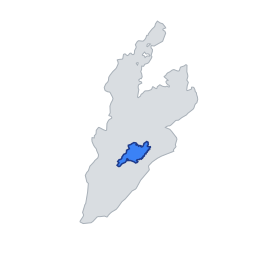 location of Kochkor, Naryn, Kyrgyzstan, rotated 128°
{"feature_id": "92254566B91475700804664", "entity_name": "Kochkor", "entity_type": "district", "adm_level": 2, "iso_a3": "KGZ", "parent_name": "Kyrgyzstan", "parent_adm1": "Naryn", "projection": "mercator", "projection_center": [75.232, 42.072], "detail": "fine", "context": "in_parent", "style": "filled", "palette": "blue", "viewbox_px": 256, "rotation_deg": 128, "n_neighbors": 0, "source": "geoboundaries", "source_scale": "gbopen_adm2", "svg_char_len": 5507}
<svg xmlns="http://www.w3.org/2000/svg" viewBox="0 0 256 256"><g transform="rotate(128 128 128)"><path d="M57.0,153.2L57.6,152.8L59.5,152.4L63.5,152.0L64.8,152.3L67.5,154.0L69.6,153.7L70.0,154.0L70.8,155.3L73.6,153.3L75.7,152.7L76.8,150.7L79.0,148.3L80.9,147.9L80.9,148.3L81.3,148.6L83.3,149.2L83.9,148.6L84.2,147.7L83.5,146.3L83.5,145.7L84.1,144.8L87.2,146.2L87.9,146.1L89.3,145.4L90.6,144.1L91.1,143.1L97.5,139.7L97.9,139.1L97.8,138.6L95.1,137.8L93.9,138.3L92.8,138.3L92.2,137.8L88.9,137.6L88.2,137.3L86.0,134.8L83.4,133.3L82.1,133.4L80.5,134.0L80.1,133.7L79.9,131.4L79.6,130.0L78.7,129.7L77.5,130.3L74.3,129.5L73.9,126.6L72.6,124.0L70.9,123.0L70.8,121.5L70.2,120.8L69.7,121.0L69.1,121.8L69.4,123.5L69.1,125.2L68.7,126.0L68.0,126.7L67.1,126.7L65.7,125.8L65.4,131.0L65.1,131.3L63.4,130.6L61.9,130.9L59.8,130.6L58.2,129.7L55.1,128.8L53.7,127.8L52.7,124.4L51.9,123.1L51.1,122.9L47.8,124.1L44.4,121.9L42.7,121.5L42.3,120.9L42.3,120.1L47.5,116.2L49.5,113.5L50.8,112.4L54.0,111.2L54.8,108.8L55.0,108.5L58.3,107.3L62.0,105.1L62.1,104.5L61.7,104.0L58.4,102.0L56.7,103.0L55.7,101.8L55.7,100.6L56.8,98.6L57.8,97.6L58.2,95.7L59.5,94.4L60.9,92.3L62.6,90.6L65.7,89.3L67.4,89.7L69.0,89.4L71.6,88.4L73.1,88.3L79.6,89.9L81.7,90.0L86.7,92.0L90.7,93.0L92.6,95.0L98.9,95.9L100.7,96.5L101.3,97.4L103.1,98.6L104.6,98.9L103.3,94.2L103.8,91.4L105.8,83.7L106.8,82.5L112.0,80.4L113.2,78.7L116.9,78.8L117.6,78.5L118.1,77.6L129.5,84.3L133.8,86.2L139.8,88.0L144.9,88.5L145.7,88.1L147.8,85.5L148.7,85.4L161.3,85.9L170.3,84.4L171.6,84.5L175.0,86.0L185.6,86.5L189.8,87.4L196.4,87.1L199.2,87.2L204.2,89.1L206.0,89.5L209.2,89.8L210.5,89.5L211.2,90.0L211.9,92.3L215.0,95.4L216.2,97.0L217.3,97.6L223.2,98.1L225.4,98.8L230.9,104.5L231.5,107.8L231.0,108.4L225.2,108.9L223.9,109.4L222.5,111.8L214.8,114.8L213.6,114.8L203.3,120.4L196.1,125.1L195.8,127.3L191.6,132.5L188.5,133.1L185.9,133.0L181.5,134.5L175.9,134.0L173.9,134.1L170.3,133.4L168.8,133.8L167.2,134.8L165.0,138.9L164.2,139.8L163.8,140.8L163.4,142.8L162.6,144.8L160.8,148.0L159.2,149.5L157.7,150.4L156.6,148.5L154.7,149.8L152.9,149.5L151.8,149.9L149.3,151.6L145.7,151.6L145.3,151.0L144.5,146.4L143.9,144.2L143.4,143.7L142.7,143.6L137.5,147.3L135.0,147.9L133.0,148.0L130.4,146.9L129.8,147.2L129.4,147.8L129.2,148.5L130.0,150.6L129.7,151.0L128.6,151.0L126.9,151.4L121.9,155.7L118.7,156.8L115.7,157.3L114.0,158.0L113.0,159.6L111.0,164.0L111.1,164.9L111.9,166.1L112.5,168.7L112.4,169.4L110.8,171.6L108.8,172.2L107.2,172.6L104.2,172.3L102.6,172.7L99.8,174.4L97.4,174.7L92.9,174.7L88.6,174.1L87.1,174.3L83.3,175.3L81.9,176.8L81.2,178.2L80.9,178.4L79.3,177.1L77.3,174.9L76.4,174.9L72.9,176.8L72.4,176.7L71.4,176.0L71.5,173.2L70.4,172.6L68.0,172.5L67.2,171.8L67.5,170.0L67.2,169.3L66.6,168.8L65.3,168.9L62.9,170.5L60.0,171.0L59.0,171.5L57.8,173.5L54.0,173.9L52.7,173.4L50.4,169.7L48.4,169.2L46.3,169.3L43.5,170.3L42.9,169.5L42.2,169.3L41.5,169.9L38.1,170.0L34.7,169.9L32.7,169.5L31.4,169.5L28.9,170.5L25.7,170.7L25.4,167.3L24.5,164.9L25.4,161.1L25.9,159.9L28.3,161.3L29.1,161.1L29.3,160.3L29.0,158.6L30.1,156.7L38.3,154.1L47.4,157.9L48.6,160.3L49.4,160.2L50.7,159.1L51.1,157.0L52.8,155.9L56.7,154.5L57.0,153.2ZM61.6,161.7L61.8,161.4L61.1,159.6L62.0,157.9L60.2,157.6L59.3,157.1L58.2,155.4L57.8,155.3L57.3,155.8L57.0,156.9L57.3,158.1L58.6,159.3L58.0,161.7L60.7,161.9L61.6,161.7ZM52.1,163.4L52.1,162.9L51.4,162.6L48.0,162.0L48.1,162.4L49.5,164.2L50.4,164.3L52.1,163.4ZM72.4,160.3L72.6,159.2L70.5,159.9L70.3,160.4L71.0,161.1L71.9,161.4L72.4,160.3Z" fill="#d9dde1" stroke="#a8b0b8" stroke-width="1"/><path d="M129.2,98.6L129.0,98.9L129.2,99.1L129.7,99.6L130.1,100.4L130.5,101.3L130.3,101.7L129.9,101.7L129.3,101.7L129.1,101.8L128.4,101.9L128.1,102.2L128.0,102.4L127.3,103.2L127.1,103.4L126.9,103.4L127.1,104.9L130.4,105.9L131.3,105.4L133.6,105.0L134.6,105.6L134.7,106.6L134.0,106.9L134.7,108.1L135.8,108.5L135.3,109.6L135.2,110.2L136.2,110.7L136.3,111.4L135.4,111.4L134.9,111.7L134.9,111.8L134.9,112.6L135.9,114.4L138.2,115.4L139.2,115.6L141.4,117.1L142.3,116.4L143.5,114.2L146.4,115.4L147.7,114.5L148.9,114.0L149.4,114.0L151.5,115.2L152.5,115.0L154.7,114.9L155.5,114.3L156.8,114.3L157.7,114.8L158.4,115.5L160.8,115.5L161.0,113.7L164.1,113.7L164.2,112.3L164.0,111.4L163.0,110.8L159.9,110.7L156.7,109.0L154.6,109.1L153.2,109.9L152.6,109.6L152.7,108.4L154.0,108.4L152.0,105.9L150.9,102.2L150.9,100.5L149.6,99.6L148.5,99.5L148.4,101.2L147.4,101.3L145.7,99.5L144.8,99.5L144.5,98.7L144.4,98.3L144.2,98.3L144.0,98.5L143.9,98.5L143.7,98.6L143.3,98.6L143.2,98.4L143.1,98.5L142.9,98.5L142.8,98.4L142.7,98.3L142.7,98.2L142.8,98.0L142.8,97.9L142.7,97.9L142.6,97.7L142.6,97.8L142.4,97.9L142.2,98.2L141.9,98.2L141.9,98.3L141.7,98.2L141.5,98.3L141.4,98.3L141.2,98.3L141.0,98.2L140.9,98.2L140.9,98.3L140.7,98.4L140.7,98.5L140.5,98.4L140.4,98.3L140.3,98.2L140.2,98.1L140.1,97.9L139.9,97.9L139.7,98.1L139.5,98.3L139.4,98.3L139.2,98.3L138.9,98.4L138.7,98.4L138.6,98.5L138.4,98.5L138.2,98.7L137.9,98.7L137.6,98.6L137.4,98.5L137.3,98.3L137.2,98.4L136.9,98.4L136.7,98.3L136.7,98.2L136.4,98.4L136.3,98.5L136.2,98.5L135.9,98.5L135.8,98.4L135.7,98.4L135.5,98.2L135.3,98.1L135.2,98.0L134.9,98.1L134.8,98.3L134.6,98.4L134.5,98.5L134.4,98.6L134.2,98.6L133.9,98.6L133.7,98.6L133.6,98.4L133.4,98.2L133.2,98.0L132.9,98.3L132.8,98.2L132.7,98.3L132.6,98.5L132.4,98.5L132.2,98.5L131.9,98.4L131.6,98.2L131.6,98.3L131.4,98.2L131.3,98.3L131.2,98.3L131.0,98.5L130.9,98.5L130.8,98.4L130.7,98.4L130.4,98.4L130.2,98.5L129.9,98.5L129.7,98.5L129.4,98.5L129.2,98.6L129.2,98.6Z" fill="#3b82f6" stroke="#1e3a8a" stroke-width="1.5"/></g></svg>